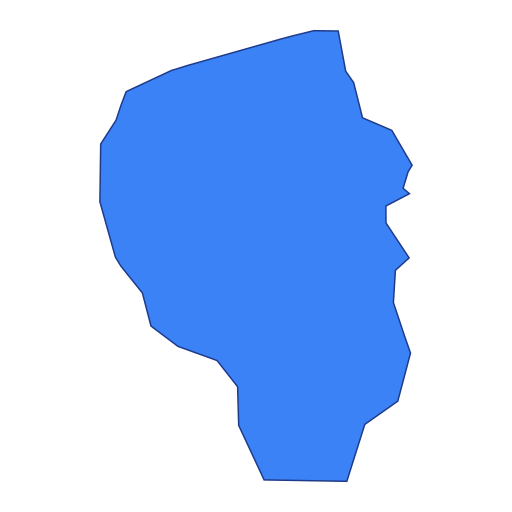 outline of Fayette, Georgia, United States of America
{"feature_id": "52423323B65845799090272", "entity_name": "Fayette", "entity_type": "district", "adm_level": 2, "iso_a3": "USA", "parent_name": "United States of America", "parent_adm1": "Georgia", "projection": "orthographic", "projection_center": [-84.479, 33.404], "detail": "fine", "context": "isolated", "style": "filled", "palette": "blue", "viewbox_px": 512, "rotation_deg": 0, "n_neighbors": 0, "source": "geoboundaries", "source_scale": "gbopen_adm2", "svg_char_len": 590}
<svg xmlns="http://www.w3.org/2000/svg" viewBox="0 0 512 512"><path d="M404.0,334.4L393.4,302.6L395.4,270.3L409.1,257.9L386.0,223.0L385.9,206.0L409.4,193.7L403.1,188.3L408.1,171.8L412.1,165.2L391.8,130.4L362.5,117.8L353.7,82.7L345.7,71.2L338.2,31.0L313.7,30.7L293.7,35.6L281.9,38.7L188.5,65.2L171.3,70.5L126.2,91.6L121.2,104.7L116.1,120.1L100.7,144.0L99.9,201.8L115.4,257.1L120.8,266.0L142.4,293.0L151.0,326.1L178.0,346.4L217.0,360.5L237.6,386.7L238.7,425.4L264.1,479.9L346.8,481.3L364.8,424.4L397.8,401.1L410.5,353.1L404.0,334.4Z" fill="#3b82f6" stroke="#1e3a8a" stroke-width="1.5"/></svg>